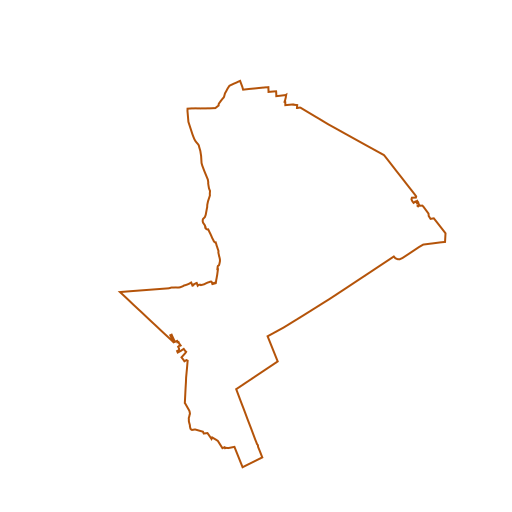 Tláhuac, Distrito Federal, Mexico (Robinson projection), rotated 49°
{"feature_id": "50627088B16651448707811", "entity_name": "Tláhuac", "entity_type": "district", "adm_level": 2, "iso_a3": "MEX", "parent_name": "Mexico", "parent_adm1": "Distrito Federal", "projection": "robinson", "projection_center": [-99.012, 19.269], "detail": "fine", "context": "isolated", "style": "outline", "palette": "amber", "viewbox_px": 512, "rotation_deg": 49, "n_neighbors": 0, "source": "geoboundaries", "source_scale": "gbopen_adm2", "svg_char_len": 5475}
<svg xmlns="http://www.w3.org/2000/svg" viewBox="0 0 512 512"><g transform="rotate(49 256 256)"><path d="M99.9,211.0L101.5,212.5L110.4,219.0L111.1,219.3L122.4,224.1L125.1,225.1L127.5,225.9L129.5,226.3L131.2,226.4L133.4,226.4L134.3,226.5L135.0,226.6L136.5,227.4L140.2,229.1L144.5,231.8L150.1,236.1L152.4,237.2L157.8,239.2L166.7,242.2L169.1,243.7L169.6,244.3L171.3,245.4L173.6,246.8L174.1,247.1L176.3,247.9L176.7,248.0L178.8,250.1L180.0,251.0L180.7,252.1L183.2,256.3L185.4,259.2L187.1,260.8L188.0,262.0L191.9,266.9L192.4,267.8L193.1,269.1L193.3,271.6L193.4,271.9L193.8,272.5L194.9,273.5L195.5,273.8L196.1,274.1L199.5,274.5L201.2,275.6L201.4,275.3L202.1,275.8L203.0,275.8L204.1,275.3L204.5,274.6L205.6,274.9L206.4,275.1L207.0,275.3L208.2,275.6L208.9,275.8L209.0,275.8L211.7,276.6L212.6,276.9L213.8,277.3L214.5,277.4L215.0,277.6L215.6,277.7L216.1,277.8L216.9,278.1L217.5,278.1L217.9,278.2L218.6,278.0L219.1,277.9L219.3,277.5L220.4,278.0L221.0,278.2L221.2,278.3L221.9,278.7L223.7,279.4L224.6,279.8L225.0,280.0L225.3,280.1L227.0,280.8L227.5,281.0L228.0,281.4L228.5,282.0L229.5,282.6L231.2,283.5L232.2,284.1L232.8,284.3L233.5,284.7L233.9,284.9L234.6,285.3L235.2,285.7L235.8,286.2L236.1,286.5L236.5,286.9L236.8,287.3L237.7,288.5L238.2,289.2L238.5,289.7L238.7,290.1L238.5,291.2L238.9,291.9L239.8,292.9L239.8,292.7L240.5,293.0L241.0,293.4L241.3,293.7L243.3,296.0L244.8,297.7L246.4,299.7L247.0,300.4L247.5,301.1L248.4,302.2L248.8,302.6L250.1,304.2L249.0,306.5L248.6,305.8L248.0,307.1L247.2,306.6L246.8,306.7L246.2,306.5L245.8,306.8L245.7,306.8L245.2,307.8L244.9,308.7L244.5,309.5L244.2,310.4L243.9,311.3L243.7,312.2L243.5,312.9L243.4,313.5L242.6,315.2L242.1,316.1L241.9,316.6L241.7,316.8L241.5,317.0L241.0,317.0L240.4,317.8L240.2,318.4L240.2,319.3L240.2,319.5L237.4,318.4L237.2,318.8L237.2,319.5L237.0,320.0L236.4,322.2L237.0,322.6L236.7,323.4L233.5,322.3L233.3,323.0L233.3,323.5L233.2,323.9L233.1,324.4L233.0,324.8L232.9,325.1L232.8,325.4L232.5,326.4L231.7,328.4L231.2,329.3L231.0,329.7L231.0,330.3L230.9,330.7L230.7,331.4L230.2,332.8L229.8,333.8L229.7,334.2L229.5,334.4L229.3,334.5L229.0,335.1L226.7,337.7L224.2,340.7L223.9,341.5L223.1,343.1L199.5,374.8L194.0,382.3L203.5,381.3L206.5,381.0L212.1,380.5L218.7,379.8L224.1,379.2L230.3,378.6L235.3,378.1L239.1,377.7L245.7,377.0L249.9,376.6L255.4,376.0L259.9,375.5L263.6,375.1L267.0,374.8L267.0,374.6L259.6,372.7L260.0,371.3L261.9,371.9L265.4,372.9L267.6,373.5L268.0,372.1L268.3,371.3L269.6,371.9L270.0,370.9L271.7,371.4L274.1,371.6L274.0,372.0L273.4,372.4L273.4,374.3L274.4,374.5L275.3,374.8L275.9,375.2L276.3,375.8L276.5,376.0L276.0,377.9L277.5,378.4L278.3,375.0L278.3,374.5L278.7,371.5L280.8,371.7L281.3,371.7L282.5,371.6L282.9,373.1L283.6,378.7L285.3,378.8L287.0,378.9L288.5,379.1L288.9,376.8L290.2,376.3L295.8,382.1L301.9,388.5L305.3,391.7L310.0,396.3L320.3,406.2L320.9,406.2L327.9,407.6L328.0,407.6L329.1,407.9L329.5,408.0L331.0,408.9L331.3,409.0L332.0,409.7L332.2,410.2L332.3,410.3L332.6,410.7L333.2,411.5L334.1,412.9L334.6,413.4L335.3,413.9L335.9,414.4L336.4,414.9L336.9,415.2L337.6,415.6L340.1,416.8L340.6,417.1L341.3,417.7L341.9,418.0L342.6,418.4L343.5,418.8L344.7,418.7L345.3,418.4L346.9,415.8L353.8,411.3L355.7,411.9L357.8,408.8L361.6,409.2L364.9,409.6L364.2,408.1L368.1,406.8L370.5,406.1L375.7,406.9L379.0,407.4L379.7,405.2L381.5,405.7L380.6,405.0L382.8,402.9L385.9,397.5L406.6,404.7L408.3,398.1L412.1,383.4L405.7,381.1L402.7,380.1L401.3,379.6L400.1,378.7L398.5,378.6L396.7,377.9L394.3,377.1L383.1,372.9L373.7,369.5L367.6,367.2L363.3,365.6L358.3,363.8L354.5,362.4L349.4,360.5L343.5,358.3L345.0,346.6L349.8,308.8L324.2,299.9L326.9,287.6L328.1,282.2L331.9,259.2L335.8,234.3L336.6,229.4L339.4,208.7L341.0,196.4L342.7,183.7L344.3,171.4L346.0,158.5L346.8,152.3L349.1,152.3L351.2,151.3L352.7,149.8L353.6,146.8L354.6,139.5L356.2,127.0L357.1,122.3L360.9,116.6L362.2,114.7L366.7,107.9L369.4,104.1L363.2,98.1L361.9,98.0L348.9,97.3L344.2,97.1L342.5,99.9L341.7,99.8L339.1,99.4L337.2,98.0L328.6,97.3L327.1,97.4L325.6,99.3L324.8,99.3L324.9,101.1L324.2,101.2L324.0,99.3L323.2,99.0L322.1,98.5L321.8,99.8L320.5,99.2L320.8,98.4L320.1,98.2L319.8,100.2L319.4,100.2L319.3,102.2L317.4,102.1L316.5,101.9L315.3,101.5L315.1,101.4L314.3,100.1L316.8,97.0L316.1,96.0L313.6,95.8L299.9,95.1L293.0,94.7L284.4,94.3L272.2,93.6L263.9,93.2L248.9,98.7L244.3,100.4L221.8,108.6L204.2,115.0L182.5,122.1L173.3,125.1L173.0,125.3L172.5,125.9L171.8,127.1L171.4,127.8L171.2,128.0L169.1,125.9L166.0,128.9L165.9,128.7L165.4,129.3L161.4,134.9L159.0,132.9L158.8,132.8L158.4,133.3L158.2,133.1L157.4,131.6L157.0,131.1L156.5,130.4L156.1,129.8L155.8,129.4L155.3,128.9L154.9,128.4L154.1,127.4L154.0,128.0L150.5,133.2L148.7,135.8L147.4,134.7L145.2,133.0L144.9,132.8L143.8,134.2L140.9,138.2L140.4,138.9L136.7,135.9L136.3,136.5L135.7,137.3L135.1,138.0L134.6,138.7L134.0,139.6L133.3,140.5L132.6,141.5L131.9,142.5L131.1,143.6L129.1,146.5L125.5,151.5L122.0,156.6L120.5,155.9L119.5,155.4L115.2,153.8L113.4,153.1L112.6,155.7L112.4,156.6L111.9,158.2L111.5,159.3L111.1,160.7L110.8,161.9L110.7,162.0L110.1,164.4L110.9,167.3L111.0,167.6L112.1,170.4L112.9,172.7L114.9,175.7L115.2,176.5L115.3,177.8L115.4,178.2L115.6,179.3L115.8,180.4L115.9,181.0L116.0,181.1L116.5,183.5L116.9,184.6L117.5,185.1L117.9,185.5L117.8,187.0L117.7,189.5L117.6,189.8L116.6,191.0L115.6,192.3L114.8,193.3L113.3,195.1L112.6,195.9L111.3,197.5L108.7,200.5L108.3,201.0L107.2,202.2L104.6,205.1L103.3,206.7L102.8,207.3L102.0,208.2L102.0,208.3L100.9,209.7L99.9,211.0Z" fill="none" stroke="#b45309" stroke-width="2"/></g></svg>